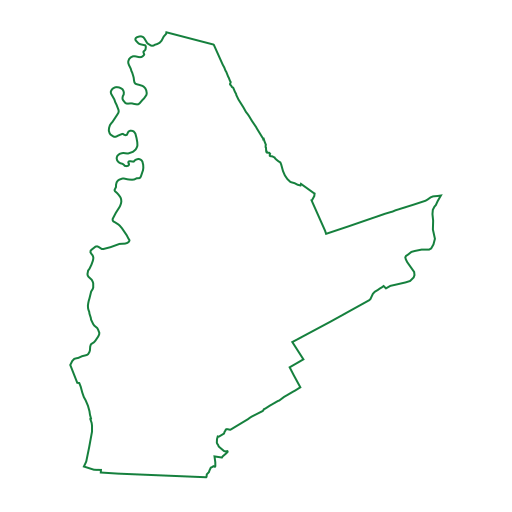 the district of Gorgota, Prahova, Romania, rotated 271°
{"feature_id": "2599482B64281758145187", "entity_name": "Gorgota", "entity_type": "district", "adm_level": 2, "iso_a3": "ROU", "parent_name": "Romania", "parent_adm1": "Prahova", "projection": "mercator", "projection_center": [26.09, 44.773], "detail": "fine", "context": "isolated", "style": "outline", "palette": "green", "viewbox_px": 512, "rotation_deg": 271, "n_neighbors": 0, "source": "geoboundaries", "source_scale": "gbopen_adm2", "svg_char_len": 6027}
<svg xmlns="http://www.w3.org/2000/svg" viewBox="0 0 512 512"><g transform="rotate(271 256 256)"><path d="M478.1,162.5L476.6,162.3L473.8,159.9L469.6,157.8L467.5,155.9L466.2,153.5L465.4,151.1L464.6,149.9L464.4,148.3L464.7,147.0L465.5,145.8L466.2,144.5L467.1,143.4L471.7,140.5L472.8,139.5L473.5,137.8L473.6,136.4L473.3,135.0L472.7,133.2L471.8,132.0L470.8,131.6L470.0,131.7L469.3,132.1L467.4,133.9L466.4,135.0L466.0,135.8L465.6,137.1L464.7,141.6L463.8,142.1L462.8,142.2L460.6,141.9L459.9,141.5L458.5,140.0L457.8,139.9L455.5,140.7L454.8,140.3L453.8,139.3L453.0,138.1L452.8,137.2L452.8,135.6L453.5,132.1L453.6,130.7L453.5,129.4L452.4,127.3L450.7,125.7L448.5,124.9L446.8,124.9L444.8,125.6L441.1,127.5L438.8,128.2L437.2,129.0L434.2,130.0L432.1,130.6L429.2,131.0L427.3,131.5L426.1,132.5L425.6,134.0L425.1,136.1L424.1,139.5L423.3,140.8L421.7,142.4L419.6,143.4L417.0,143.9L416.0,143.8L414.9,143.5L411.6,141.3L410.1,139.8L406.8,137.1L405.7,135.8L405.5,134.4L405.9,131.5L406.4,129.4L406.4,127.7L406.1,125.4L406.2,123.8L406.7,122.7L409.3,120.5L410.7,119.8L412.2,119.8L413.6,120.1L415.2,120.9L417.3,121.0L418.9,120.5L420.4,119.6L421.3,118.1L422.1,116.3L422.3,115.0L422.4,113.3L422.1,112.0L421.2,110.3L420.2,109.2L418.9,108.4L417.9,108.0L416.9,108.0L415.7,108.3L410.1,111.6L407.3,112.6L404.8,113.9L399.6,116.0L398.1,116.2L396.8,115.9L394.9,114.8L387.5,110.1L386.1,108.9L384.3,107.7L381.7,106.9L379.9,106.7L378.6,106.7L376.2,107.5L374.9,108.4L373.2,111.0L372.7,112.1L372.7,113.2L373.1,114.5L373.8,115.7L374.9,118.1L375.7,120.1L375.7,120.9L375.1,121.7L374.5,123.3L374.8,124.6L375.2,124.9L377.2,125.8L378.2,126.4L378.7,127.3L379.1,128.2L379.0,129.8L378.5,131.4L377.3,132.5L376.1,133.3L371.8,134.5L367.7,135.3L364.7,135.5L363.5,135.3L361.8,134.6L360.4,133.8L359.1,132.4L358.0,131.1L356.3,126.5L356.3,124.8L356.7,121.5L356.3,119.6L355.7,117.8L354.0,115.9L353.4,115.5L352.2,115.1L351.0,115.0L349.2,115.5L347.9,116.5L347.0,117.6L346.3,119.0L346.0,120.4L345.4,121.6L344.8,122.4L343.9,123.1L343.7,124.1L343.6,125.2L344.1,126.7L345.0,127.4L345.8,127.4L346.8,126.8L347.6,126.7L348.3,127.2L348.6,128.3L348.2,131.7L348.4,132.3L349.1,132.8L350.0,133.8L350.7,135.6L351.0,137.0L350.6,138.3L350.1,139.3L349.4,140.1L348.3,140.8L345.2,141.6L342.2,141.8L339.7,141.5L338.5,141.1L333.8,139.6L332.4,138.9L331.8,138.0L331.6,135.2L331.0,134.2L330.4,132.9L330.1,130.8L330.2,128.5L330.4,126.4L331.2,122.4L331.1,121.0L330.0,118.1L329.4,117.1L328.6,116.3L327.3,115.4L324.8,114.8L322.5,114.8L319.8,113.5L319.1,113.5L318.3,113.9L316.5,116.0L315.0,117.4L312.8,119.1L311.5,119.8L310.1,120.2L308.1,120.4L306.2,120.1L303.8,119.3L302.6,118.7L296.7,115.1L290.7,112.1L289.6,112.0L288.7,112.3L288.0,112.9L287.2,114.5L285.1,117.9L284.0,119.2L281.4,121.5L274.6,126.3L271.1,128.2L270.0,129.0L269.4,129.2L268.5,128.9L267.6,128.2L266.7,126.8L266.1,124.8L265.7,119.3L262.3,110.4L260.3,103.2L260.3,101.7L262.3,98.5L262.8,97.3L262.8,96.4L262.6,95.4L259.6,91.7L258.5,90.6L256.9,90.4L255.5,91.2L253.8,92.6L252.7,93.1L251.4,93.4L250.1,93.3L248.2,92.9L244.4,91.6L240.3,89.7L238.5,88.4L235.0,87.8L233.5,88.1L232.3,88.9L229.3,92.2L227.4,93.2L225.9,93.7L221.7,93.8L220.1,93.3L217.6,91.8L210.6,90.2L208.5,89.6L206.0,89.1L203.4,88.8L200.9,89.0L199.3,89.4L197.3,90.2L195.4,90.5L191.3,91.9L189.5,92.2L185.1,94.4L183.6,95.5L181.2,98.5L179.6,99.4L176.4,100.7L174.7,100.5L172.7,99.6L168.4,96.8L166.9,95.5L165.1,92.8L164.3,92.3L162.5,91.8L158.8,91.6L157.1,91.1L155.0,89.9L154.3,89.0L153.8,87.7L152.8,83.9L151.0,80.1L150.6,78.2L150.0,76.1L147.8,74.1L143.8,72.2L126.1,79.5L125.9,81.5L125.2,81.8L122.3,83.0L116.4,84.7L112.0,86.3L108.7,88.2L103.3,90.6L97.9,92.2L94.3,92.8L90.5,93.9L90.1,93.2L86.2,94.6L83.5,95.0L77.5,95.1L61.7,92.5L47.8,89.9L46.7,89.5L42.5,87.6L39.5,97.6L39.4,99.7L39.4,104.7L36.8,104.6L36.7,106.9L36.0,121.9L33.9,210.0L34.4,210.4L36.8,210.6L39.1,212.7L40.7,213.2L43.6,214.5L44.5,216.4L45.1,217.0L45.0,217.6L44.6,218.3L44.6,218.7L44.9,218.9L45.3,219.0L49.1,218.9L54.9,218.0L53.9,225.4L55.1,226.2L58.1,229.6L59.6,231.0L60.1,231.0L60.4,230.8L60.1,229.0L60.3,227.8L60.6,227.2L64.2,222.8L65.0,222.0L66.4,221.4L67.8,220.4L68.7,220.1L72.2,220.2L74.9,220.9L74.7,221.8L74.9,222.3L77.9,227.1L79.8,227.7L81.1,228.6L81.7,228.7L82.3,229.3L82.3,230.7L81.8,233.2L82.3,234.2L85.2,238.8L92.9,251.1L93.9,252.3L95.3,254.4L101.2,265.5L102.2,266.2L102.9,266.5L103.3,267.2L103.5,267.8L106.6,272.4L111.4,280.4L111.7,281.3L112.0,281.9L115.6,286.5L121.0,295.4L122.1,297.4L125.5,302.6L137.5,295.8L145.3,291.6L153.5,305.2L170.6,293.8L191.7,331.7L213.8,370.0L215.0,371.2L220.2,373.5L221.8,374.9L222.4,375.5L224.1,378.3L225.6,380.3L227.0,382.6L228.2,384.1L225.9,386.5L228.5,390.9L229.7,395.9L232.2,406.0L233.7,410.5L237.3,414.0L239.7,414.8L242.8,414.4L252.5,407.3L255.4,405.8L257.3,405.3L258.7,406.0L260.0,407.9L262.8,411.3L263.8,414.7L265.3,421.5L265.4,428.9L266.6,431.0L270.6,433.2L276.3,434.6L285.6,432.4L294.3,432.5L301.0,431.7L305.3,432.0L308.5,433.6L310.0,434.9L314.1,436.7L319.7,439.8L319.2,436.8L318.7,432.0L317.7,429.6L315.4,426.5L314.2,424.5L310.1,412.7L304.1,394.6L302.8,391.8L302.3,390.0L300.4,384.0L287.2,347.8L279.4,325.7L282.5,324.6L310.4,311.6L312.6,310.6L312.7,311.0L316.9,313.2L319.5,313.5L320.1,312.4L328.9,299.7L327.3,299.2L328.0,296.3L329.5,293.3L330.4,289.8L330.8,288.9L333.5,286.0L336.3,284.0L337.4,283.3L341.4,281.5L347.9,279.6L350.0,278.7L351.0,276.9L352.7,274.7L354.0,273.3L354.8,272.9L355.3,271.7L355.9,270.7L356.0,269.1L356.3,268.2L356.5,268.0L358.0,268.0L358.4,268.3L359.4,267.5L359.5,265.6L359.7,265.2L360.1,265.1L359.9,264.8L360.3,264.5L361.5,264.3L364.5,264.1L365.0,263.7L366.4,263.7L367.4,263.9L371.0,262.4L373.2,261.7L372.9,261.2L373.8,261.0L374.6,260.3L383.7,254.5L384.7,254.0L391.1,249.5L395.9,246.5L397.7,245.2L399.9,243.4L404.4,240.8L412.2,235.7L416.6,233.5L417.6,233.3L419.9,232.0L423.6,230.4L424.1,229.9L424.4,229.2L424.8,228.8L425.8,228.3L427.0,227.1L427.9,227.1L429.0,227.6L429.6,227.6L430.7,226.9L433.7,225.7L434.9,225.0L439.5,223.1L440.9,222.2L443.9,221.0L446.7,219.4L466.3,210.2L466.7,209.7L466.8,209.3L478.1,162.5Z" fill="none" stroke="#15803d" stroke-width="2"/></g></svg>